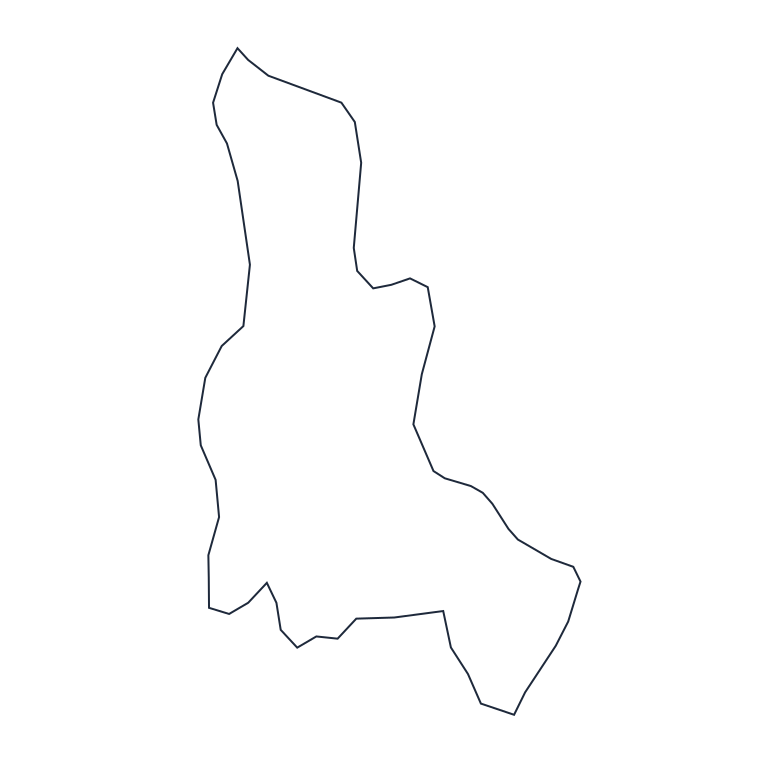 the border of Podujevo, rotated 17°
{"feature_id": "KOS-5901", "entity_name": "Podujevo", "entity_type": "District", "adm_level": 1, "iso_a3": "XKX", "parent_name": "Kosovo", "parent_adm1": "", "projection": "albers", "projection_center": [21.187, 42.93], "detail": "fine", "context": "isolated", "style": "outline", "palette": "slate", "viewbox_px": 768, "rotation_deg": 17, "n_neighbors": 0, "source": "natural_earth", "source_scale": "10m", "svg_char_len": 897}
<svg xmlns="http://www.w3.org/2000/svg" viewBox="0 0 768 768"><g transform="rotate(17 384 384)"><path d="M145.7,105.7L159.3,113.8L183.3,123.0L261.0,127.4L279.5,142.0L297.5,179.1L315.3,262.7L325.3,283.7L345.7,295.7L362.0,287.0L378.0,275.4L397.5,278.6L415.6,314.1L417.3,363.6L423.9,414.0L456.8,452.8L469.7,456.4L497.0,456.2L510.3,459.2L522.7,466.9L545.4,486.2L557.5,493.6L595.0,502.4L618.5,503.5L629.7,515.5L629.6,523.9L629.6,557.3L624.8,584.1L609.1,637.6L605.1,662.3L570.1,661.3L549.1,636.8L525.0,616.4L507.0,583.8L462.1,604.3L426.1,616.5L414.1,641.1L393.1,645.2L378.1,661.5L357.1,649.3L345.1,624.7L330.1,608.4L318.1,632.9L303.1,649.2L282.1,649.2L273.1,620.6L266.1,599.1L265.2,559.5L251.0,524.9L226.7,496.2L216.8,472.2L211.3,430.3L217.7,395.1L232.6,369.7L220.9,309.1L184.7,232.6L163.5,199.9L148.2,185.1L138.3,165.0L138.7,135.0L145.7,105.7Z" fill="none" stroke="#1e293b" stroke-width="2"/></g></svg>